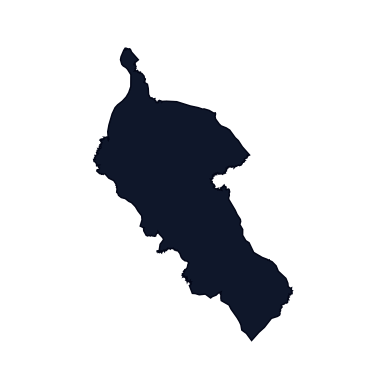 outline of Phon Sawan, Nakhon Phanom, Thailand, rotated 237°
{"feature_id": "78962969B77230188112326", "entity_name": "Phon Sawan", "entity_type": "district", "adm_level": 2, "iso_a3": "THA", "parent_name": "Thailand", "parent_adm1": "Nakhon Phanom", "projection": "orthographic", "projection_center": [104.429, 17.459], "detail": "fine", "context": "isolated", "style": "filled", "palette": "ink", "viewbox_px": 384, "rotation_deg": 237, "n_neighbors": 0, "source": "geoboundaries", "source_scale": "gbopen_adm2", "svg_char_len": 6105}
<svg xmlns="http://www.w3.org/2000/svg" viewBox="0 0 384 384"><g transform="rotate(237 192 192)"><path d="M191.7,260.4L202.5,258.8L210.0,258.8L213.9,257.8L223.4,257.3L227.1,255.6L231.6,252.4L234.3,251.8L240.4,251.5L242.7,252.4L244.7,254.3L245.7,254.6L246.3,253.2L251.1,250.8L255.2,247.3L255.5,246.2L259.3,243.2L265.0,237.5L276.0,228.4L282.0,220.1L284.0,216.7L283.8,215.8L284.5,216.1L286.4,214.6L286.2,213.9L286.6,214.0L286.6,213.2L285.7,212.5L286.3,211.7L285.8,211.6L286.6,210.8L288.2,211.2L289.2,210.6L290.5,211.7L291.2,210.1L292.1,209.4L292.7,209.7L293.7,208.2L297.5,208.7L302.7,211.7L306.7,213.3L310.2,211.5L310.5,211.9L310.2,212.5L311.7,213.3L311.6,213.9L312.3,214.4L312.9,213.9L315.4,214.9L318.6,214.5L319.5,213.7L320.1,213.9L320.1,213.3L320.7,213.5L320.6,213.1L321.4,212.8L321.7,212.4L321.3,212.3L322.0,211.8L322.7,212.5L323.6,212.4L323.7,210.8L324.7,210.9L324.9,210.1L325.3,211.1L326.4,211.2L326.3,212.3L327.3,212.6L327.9,213.5L330.4,213.1L330.6,212.7L331.1,213.1L331.2,213.9L330.7,214.2L331.9,214.7L331.6,215.0L332.1,219.0L342.2,217.5L345.2,218.0L345.4,217.4L346.1,217.5L346.3,216.4L346.7,216.5L347.4,215.9L347.2,214.7L348.1,214.9L347.8,214.0L348.8,214.6L349.0,214.3L348.0,212.0L344.1,206.2L341.9,204.1L337.3,202.7L335.2,203.0L332.5,204.3L330.2,204.8L323.7,204.7L313.7,198.1L309.8,193.1L307.5,188.5L306.1,183.0L305.6,177.1L304.6,173.4L301.0,167.6L293.5,158.9L288.5,154.2L285.2,152.4L281.4,151.3L281.6,150.5L281.2,150.0L282.2,150.1L282.7,150.6L284.5,150.6L284.4,149.9L285.5,148.4L285.0,148.6L285.2,147.6L284.7,147.1L285.0,146.4L284.3,146.5L284.7,145.0L285.7,144.8L285.9,143.9L285.3,144.0L285.3,143.3L284.4,143.9L283.9,143.0L282.3,143.3L282.0,141.9L281.2,141.7L281.7,140.7L280.2,140.3L280.8,140.0L280.9,139.4L279.2,138.1L279.1,137.6L278.6,138.4L278.6,137.5L279.4,136.8L277.6,136.6L278.3,135.4L277.7,135.2L277.9,134.7L277.0,134.4L277.1,133.5L276.4,133.3L276.2,134.1L275.2,134.3L274.9,131.2L275.4,130.6L274.0,130.1L273.7,128.9L272.2,128.7L272.9,127.3L270.9,126.5L270.1,127.2L267.7,127.3L265.9,126.3L265.5,126.8L266.0,127.8L265.0,129.0L264.9,127.9L263.7,127.2L262.6,127.5L261.7,126.7L261.6,126.0L262.3,124.6L261.5,123.6L257.7,124.6L256.8,125.9L256.2,125.7L255.8,126.7L255.1,127.1L255.2,128.2L254.4,129.0L248.9,129.8L244.2,132.6L239.7,132.6L239.1,131.9L238.0,132.1L237.2,131.8L237.0,131.2L235.6,131.0L232.8,128.7L231.3,129.1L229.2,128.6L225.9,129.7L222.8,132.5L218.6,133.9L216.1,135.5L210.5,136.6L205.4,136.4L199.5,136.9L195.8,134.9L191.6,130.0L188.1,132.2L188.1,131.7L185.7,130.4L180.6,130.0L179.3,130.9L179.1,132.3L177.8,133.1L177.7,134.7L177.0,134.7L175.1,136.7L175.0,137.7L175.7,138.2L176.5,139.7L176.2,141.3L177.5,142.0L177.2,142.1L174.8,141.7L169.5,142.6L167.5,142.2L165.5,136.8L161.0,132.8L160.8,132.2L161.6,130.7L160.9,130.2L160.3,130.9L159.8,130.7L159.6,131.9L159.1,131.8L159.3,132.8L157.7,133.3L158.3,133.7L158.1,134.2L159.0,134.3L158.3,134.8L158.6,136.2L157.4,136.4L158.3,136.9L157.2,137.7L157.5,138.2L158.0,137.9L157.9,138.4L156.9,138.9L157.7,140.0L157.3,140.6L157.9,141.0L157.0,142.3L155.9,142.6L156.2,143.8L155.3,144.5L155.1,145.7L153.0,145.7L153.0,146.4L151.4,146.8L151.1,147.9L149.1,148.2L147.0,148.4L143.4,147.5L141.1,147.6L138.2,148.6L136.9,150.1L134.8,150.8L133.9,150.3L133.7,149.4L131.1,146.8L130.4,144.7L130.8,143.7L129.9,142.8L130.2,142.0L129.9,141.6L129.3,142.2L128.4,141.1L128.6,139.4L127.8,139.1L127.4,138.3L126.8,138.4L127.2,138.6L126.5,139.1L126.7,139.6L125.8,139.7L125.5,138.8L125.3,139.7L124.8,139.5L124.7,140.1L123.4,139.8L123.5,141.4L122.5,141.1L122.8,140.5L122.0,140.5L121.8,139.6L121.1,140.1L120.5,139.6L120.7,139.1L120.0,139.4L119.3,139.1L119.8,139.8L119.5,140.5L118.9,140.3L118.2,140.7L118.5,141.8L118.2,141.5L117.1,142.4L117.1,141.7L116.4,141.5L116.5,141.0L115.5,141.4L115.1,141.0L115.0,138.9L106.8,137.1L105.0,139.5L101.9,142.1L99.1,147.6L93.0,149.9L93.2,152.1L92.4,156.1L93.0,159.0L92.4,160.0L92.8,160.3L92.4,162.2L90.7,160.2L89.8,160.2L87.2,158.4L85.0,157.4L77.1,161.5L72.5,161.0L61.9,161.4L57.5,161.2L54.0,160.7L49.1,158.6L43.8,160.6L35.0,161.1L37.9,171.6L39.1,179.1L42.8,189.8L41.1,196.0L41.1,198.4L41.9,199.5L43.8,200.4L43.9,201.2L44.8,202.0L45.6,202.1L46.5,204.9L48.1,204.8L48.5,205.2L47.9,208.6L48.2,210.3L47.3,210.9L47.4,212.0L49.7,213.7L49.1,214.4L50.7,214.6L51.0,216.4L52.2,216.0L52.7,216.9L52.3,218.2L52.9,218.2L52.3,218.7L52.6,220.2L52.3,220.6L53.3,221.2L53.6,220.8L54.4,221.2L54.5,222.4L55.8,221.8L57.4,223.2L57.5,222.2L60.2,221.1L63.3,222.7L68.4,223.7L78.6,221.2L84.3,222.3L89.8,221.2L92.4,219.6L93.1,219.8L93.6,218.4L94.5,218.4L98.9,215.2L107.7,210.8L118.4,212.2L121.9,210.6L128.2,210.9L133.0,214.1L138.7,214.4L140.7,216.7L142.7,217.6L148.8,217.6L153.3,218.3L165.8,218.8L167.2,219.5L168.8,221.4L171.0,222.6L171.5,223.6L174.0,224.5L174.7,224.1L175.2,221.9L175.9,221.8L176.9,222.9L177.5,222.7L178.1,223.2L178.8,222.4L180.3,222.7L179.9,221.1L179.2,221.3L178.9,220.7L179.5,220.3L179.1,219.3L179.8,219.2L179.9,218.7L178.7,217.9L177.3,217.8L178.0,217.1L179.0,217.0L178.6,216.2L179.5,215.7L179.7,214.8L180.3,214.8L180.8,215.8L181.5,213.5L183.4,213.1L184.0,212.4L184.5,212.8L184.0,213.2L184.7,213.5L184.4,214.2L185.1,214.3L184.6,214.7L185.6,214.2L186.3,214.5L189.1,213.1L189.0,214.0L189.8,214.6L190.6,214.0L192.5,214.4L191.9,214.8L192.4,215.4L192.0,215.6L192.4,215.9L192.1,216.8L194.5,218.0L194.8,218.7L194.2,218.8L194.6,219.1L193.9,219.5L194.7,219.8L194.4,220.6L195.0,220.8L194.4,221.2L194.6,221.8L194.0,221.6L194.2,222.1L193.6,222.0L194.3,223.8L193.8,223.8L193.3,224.6L192.8,224.1L192.8,225.0L191.9,225.1L191.6,226.4L190.1,227.4L191.0,229.5L190.2,229.6L190.5,230.0L189.9,230.4L190.9,230.9L191.0,232.4L192.5,233.1L192.4,233.9L192.8,233.9L192.5,234.2L193.0,234.8L192.8,235.2L193.3,235.3L193.0,235.7L193.5,236.6L193.3,237.1L192.7,237.0L192.4,238.2L191.5,238.4L191.2,239.1L191.6,239.6L191.0,239.6L191.0,240.5L190.0,240.9L189.4,240.5L190.0,243.0L189.5,243.1L189.3,245.6L188.3,246.2L187.9,247.9L188.5,249.5L189.6,250.5L188.9,251.5L189.5,252.1L189.1,252.6L190.0,253.4L189.8,253.8L190.8,253.6L191.5,254.3L190.7,256.5L191.6,257.9L191.9,257.7L192.4,258.2L191.9,258.3L192.2,259.2L191.8,259.3L191.7,260.4Z" fill="#0f172a" stroke="#020617" stroke-width="1.5"/></g></svg>